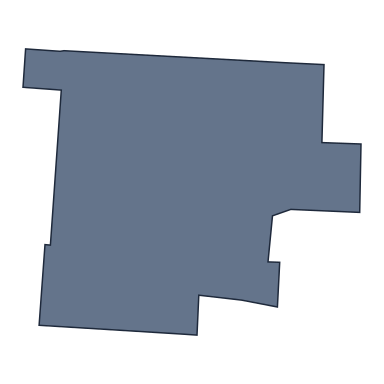 the district of Morgan, Ohio, United States of America
{"feature_id": "52423323B32788955396058", "entity_name": "Morgan", "entity_type": "district", "adm_level": 2, "iso_a3": "USA", "parent_name": "United States of America", "parent_adm1": "Ohio", "projection": "albers", "projection_center": [-81.828, 39.61], "detail": "fine", "context": "isolated", "style": "filled", "palette": "slate", "viewbox_px": 384, "rotation_deg": 0, "n_neighbors": 0, "source": "geoboundaries", "source_scale": "gbopen_adm2", "svg_char_len": 405}
<svg xmlns="http://www.w3.org/2000/svg" viewBox="0 0 384 384"><path d="M183.9,334.2L197.0,335.1L198.8,295.2L241.5,300.1L277.4,307.0L277.8,299.4L279.7,262.3L268.0,261.9L272.5,215.8L290.8,209.4L359.7,212.4L361.0,144.0L321.9,142.6L324.0,64.6L284.7,62.7L64.0,50.7L60.1,51.3L25.6,48.9L23.0,87.3L61.3,90.1L50.4,245.1L45.0,244.6L39.1,325.3L183.9,334.2Z" fill="#64748b" stroke="#1e293b" stroke-width="1.5"/></svg>